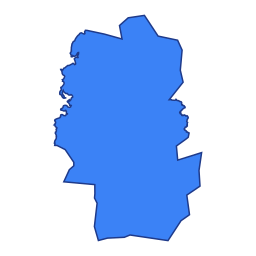 Chandmani-O'ndor, Hövsgöl, Mongolia (orthographic projection)
{"feature_id": "93677404B22883692380177", "entity_name": "Chandmani-O'ndor", "entity_type": "district", "adm_level": 2, "iso_a3": "MNG", "parent_name": "Mongolia", "parent_adm1": "Hövsgöl", "projection": "orthographic", "projection_center": [100.637, 50.505], "detail": "fine", "context": "isolated", "style": "filled", "palette": "blue", "viewbox_px": 256, "rotation_deg": 0, "n_neighbors": 0, "source": "geoboundaries", "source_scale": "gbopen_adm2", "svg_char_len": 5439}
<svg xmlns="http://www.w3.org/2000/svg" viewBox="0 0 256 256"><path d="M98.4,240.5L107.5,238.1L124.3,237.3L130.0,235.0L168.0,240.6L181.0,220.7L189.5,214.7L186.8,195.1L200.0,186.1L199.0,170.5L201.6,152.6L177.7,160.1L176.4,146.0L186.1,139.0L188.2,137.3L189.1,133.0L188.6,132.6L188.3,132.7L188.1,132.7L187.2,131.9L186.9,132.1L186.5,131.9L186.6,131.7L186.4,131.0L185.9,130.8L185.3,130.1L184.6,130.0L184.2,128.9L185.1,127.8L185.1,127.3L185.4,127.0L186.4,127.0L187.0,126.1L187.3,126.0L187.3,125.8L186.9,125.6L186.8,125.1L186.9,124.9L187.3,124.7L187.2,123.6L187.6,122.4L186.9,121.9L186.8,121.7L186.7,121.5L186.9,121.1L186.9,120.7L187.1,120.4L187.2,119.4L187.6,118.8L187.8,118.7L187.9,118.2L188.1,118.0L188.2,117.9L188.1,117.1L188.0,116.9L187.7,116.7L187.6,116.4L187.3,116.2L187.3,115.9L187.2,115.8L187.0,115.7L186.6,116.0L185.6,115.9L185.3,115.5L185.3,115.4L185.0,115.3L184.3,114.9L183.9,115.0L183.8,115.3L183.5,115.4L183.2,115.5L182.7,115.2L182.6,115.3L182.3,115.6L182.1,115.6L181.8,115.4L181.8,114.8L181.5,114.2L181.0,114.2L180.8,113.8L180.3,113.7L180.2,113.5L180.3,113.4L180.7,113.0L180.7,112.7L179.9,112.8L179.7,112.7L179.7,112.3L180.2,111.5L180.7,111.2L180.8,111.0L181.3,110.8L181.5,110.6L181.5,110.3L181.6,110.1L182.2,109.8L182.5,109.2L182.9,108.9L183.7,108.5L184.4,107.7L185.0,107.7L185.1,107.4L185.1,107.0L184.8,106.7L184.4,106.5L184.3,105.9L184.1,105.8L183.6,105.7L183.0,105.4L182.7,105.4L182.6,104.9L182.4,105.0L181.8,104.9L181.7,104.5L181.7,104.0L181.5,103.5L181.5,103.3L181.7,103.0L181.7,102.7L181.4,102.0L180.8,101.6L179.7,101.5L179.4,101.4L179.1,100.9L178.5,100.6L177.7,100.6L177.4,100.4L176.9,100.4L176.4,100.0L176.3,99.5L176.0,99.3L175.9,99.5L175.9,99.8L175.5,100.1L175.3,100.2L174.4,100.3L171.8,100.1L171.4,99.7L171.1,99.6L170.3,99.7L169.2,99.7L183.1,82.2L180.3,70.2L182.1,50.1L177.6,40.2L158.1,36.1L144.4,15.4L128.2,17.8L119.5,25.5L122.0,39.0L104.4,34.1L87.1,30.4L85.4,30.3L85.0,31.2L84.6,31.7L84.7,32.3L84.9,33.4L84.8,33.7L84.6,33.9L84.2,34.0L83.7,33.9L81.2,32.8L80.0,33.3L79.5,33.8L79.3,34.4L77.9,35.5L77.0,36.6L75.6,38.6L75.0,39.9L74.9,40.4L74.7,40.8L74.1,41.2L73.5,41.4L72.8,42.3L72.7,42.9L72.2,43.5L72.0,44.0L71.7,45.6L71.6,46.3L71.4,47.2L71.3,48.2L71.4,49.0L71.4,49.3L71.1,50.1L71.2,50.3L71.4,50.6L71.5,51.0L71.1,51.4L70.9,52.2L70.2,53.1L70.2,53.3L70.5,53.7L70.7,54.3L71.2,55.0L71.2,56.6L71.3,56.8L71.7,56.8L72.3,56.8L72.7,56.6L72.8,55.6L74.1,56.3L74.7,56.2L75.5,55.8L76.4,55.1L77.3,53.4L77.8,52.7L78.4,52.5L78.6,52.5L78.6,53.0L78.6,53.6L78.4,54.5L77.7,55.6L77.6,56.1L77.6,56.4L77.7,56.7L78.1,57.4L78.1,57.5L77.5,57.6L76.9,57.1L76.4,57.2L74.6,58.3L74.3,58.7L74.4,59.4L75.0,60.7L75.2,61.7L75.6,63.4L75.6,63.9L75.6,64.0L75.2,64.4L74.6,64.6L73.5,63.5L73.4,63.4L72.7,63.4L71.7,64.2L70.3,64.8L69.4,65.4L68.9,65.5L68.0,65.4L67.6,65.6L65.8,67.0L65.3,67.5L64.6,68.0L64.0,68.1L63.6,68.4L63.5,68.6L63.0,69.7L62.8,70.0L62.4,70.0L61.2,69.3L60.7,69.4L60.8,69.7L61.5,70.6L61.8,71.2L62.0,71.9L62.2,73.5L62.7,74.5L63.3,75.1L64.2,75.5L64.3,75.6L64.7,76.3L64.1,78.1L63.6,78.9L63.0,79.4L62.3,79.7L62.8,80.6L62.8,80.9L62.6,81.3L63.3,81.5L63.9,82.2L64.0,82.5L64.1,83.3L64.1,83.5L63.5,84.9L63.0,85.4L62.2,86.5L61.5,87.2L61.1,87.2L60.8,87.6L60.8,88.0L61.1,88.3L61.3,89.0L61.2,89.3L61.3,89.9L61.1,90.2L60.5,90.7L59.9,91.8L59.7,93.2L59.8,93.9L59.8,94.2L60.0,94.5L60.7,94.6L61.2,94.9L61.6,95.6L62.3,97.0L62.7,97.5L63.3,98.0L63.8,98.2L64.1,98.2L65.9,97.9L66.3,97.8L65.4,97.8L64.8,97.9L64.3,97.9L64.2,97.6L64.2,96.6L64.0,96.3L63.9,95.7L63.0,94.8L62.7,94.3L62.4,93.4L62.4,92.6L62.5,92.1L62.8,91.2L63.2,90.4L63.5,91.2L63.7,91.7L64.8,92.7L65.7,93.4L66.1,93.6L67.1,93.4L68.4,94.7L68.9,95.0L70.2,95.1L70.9,94.6L71.7,94.9L72.3,95.8L72.6,96.1L72.6,97.3L71.8,97.7L71.4,98.0L71.1,99.0L70.8,99.8L70.1,100.7L69.1,101.2L68.6,101.2L68.4,101.1L68.4,100.9L68.8,100.4L68.9,100.1L69.2,100.0L69.2,99.9L68.1,100.6L67.7,101.2L67.3,101.4L67.3,101.6L67.5,102.0L68.6,102.9L69.1,103.6L69.5,104.3L69.6,104.9L69.7,105.3L70.5,105.4L71.0,105.3L71.2,105.5L70.9,105.9L70.8,106.5L70.6,106.9L69.6,107.4L68.9,107.2L68.2,107.2L67.8,106.9L66.7,105.5L65.4,105.3L64.9,105.3L63.6,105.7L63.2,106.3L63.0,107.5L62.8,107.8L61.9,108.4L60.9,108.9L60.7,109.3L60.7,109.9L61.1,110.2L62.4,110.3L63.5,110.9L65.3,110.9L65.5,110.6L65.3,110.5L65.3,110.4L65.8,110.3L66.0,110.3L66.3,110.2L66.1,110.4L65.7,110.6L66.1,110.9L66.4,111.3L66.4,112.2L66.4,112.7L66.4,113.3L66.5,113.8L67.1,113.6L67.4,113.7L67.4,114.0L67.2,114.1L66.9,114.0L66.4,114.1L65.6,115.5L65.2,115.7L64.2,115.6L63.5,115.5L63.2,115.2L62.8,114.8L62.0,114.5L60.9,114.8L60.7,115.0L60.6,116.1L60.4,116.3L60.6,116.8L59.8,117.7L59.4,117.9L57.2,118.6L55.9,119.2L55.4,119.4L54.8,120.0L54.7,120.4L54.7,120.6L54.8,120.8L54.9,120.5L55.1,120.8L55.3,121.4L55.6,122.0L55.6,122.6L55.5,123.1L55.4,123.5L54.5,124.3L54.7,124.6L54.5,124.8L54.9,124.8L54.8,125.3L55.0,125.6L55.1,125.9L55.3,126.5L56.2,127.2L56.4,127.6L56.8,127.7L56.8,127.9L56.7,128.2L56.7,128.8L56.2,129.1L56.1,129.4L56.3,130.2L56.3,130.4L56.4,130.6L56.4,130.9L56.1,131.7L55.4,132.2L55.4,132.5L55.6,132.7L55.3,133.2L55.4,133.5L55.7,133.9L55.9,134.4L56.2,135.0L56.3,135.6L56.4,135.9L56.2,136.1L56.2,136.4L56.4,136.6L56.5,136.9L56.3,137.4L56.2,138.7L55.6,139.5L55.4,140.1L55.0,140.4L55.0,140.8L54.7,141.5L54.5,142.6L54.9,142.9L54.9,143.1L54.5,143.1L54.4,143.3L54.6,143.5L54.9,143.7L54.9,144.3L54.7,145.4L57.1,145.5L65.2,149.6L73.8,162.3L73.8,165.8L69.4,169.6L63.8,181.8L94.8,184.6L94.9,193.7L94.5,198.0L97.1,203.2L94.4,226.6L98.4,240.5Z" fill="#3b82f6" stroke="#1e3a8a" stroke-width="1.5"/></svg>